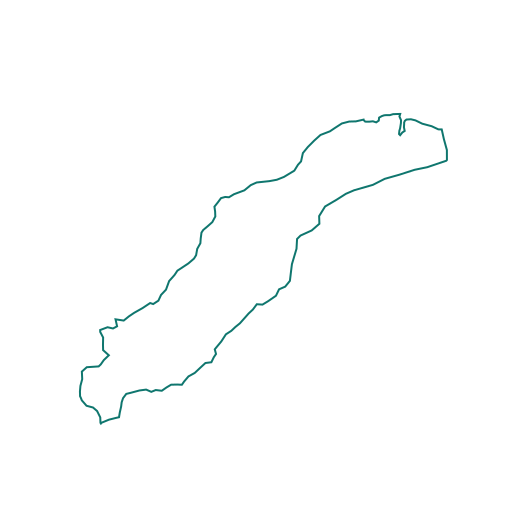 outline of Pano Arodes, Paphos, Cyprus, rotated 147°
{"feature_id": "46923920B64054895827299", "entity_name": "Pano Arodes", "entity_type": "district", "adm_level": 2, "iso_a3": "CYP", "parent_name": "Cyprus", "parent_adm1": "Paphos", "projection": "albers", "projection_center": [32.386, 34.927], "detail": "fine", "context": "isolated", "style": "outline", "palette": "teal", "viewbox_px": 512, "rotation_deg": 147, "n_neighbors": 0, "source": "geoboundaries", "source_scale": "gbopen_adm2", "svg_char_len": 2246}
<svg xmlns="http://www.w3.org/2000/svg" viewBox="0 0 512 512"><g transform="rotate(147 256 256)"><path d="M44.0,231.9L38.2,240.9L34.7,251.9L31.3,261.0L34.1,262.9L38.0,269.2L44.5,276.4L48.4,282.9L51.6,286.3L55.5,288.5L57.6,288.3L59.1,287.2L59.8,286.1L61.8,283.4L63.2,279.9L66.0,279.9L69.3,278.8L69.6,280.4L67.5,283.0L65.7,284.5L62.1,288.5L60.4,290.9L59.7,294.9L57.7,296.6L59.6,297.8L63.8,300.3L66.9,301.2L70.0,303.2L71.9,304.2L74.2,304.8L77.4,305.0L79.3,302.7L82.4,302.6L84.6,305.3L88.1,307.1L91.2,309.2L91.7,311.3L91.5,311.8L98.9,314.5L104.6,318.0L111.8,320.4L120.5,320.4L126.1,320.3L136.0,322.4L144.2,321.1L153.1,319.2L160.6,316.8L166.7,310.8L171.0,309.7L177.4,306.7L189.5,307.1L197.0,308.6L204.0,311.5L215.4,317.3L221.8,318.3L230.0,317.4L240.8,319.8L246.7,320.0L249.7,322.3L253.8,323.6L259.2,321.6L264.0,320.0L266.1,315.5L268.6,311.3L274.2,308.2L280.9,307.2L286.0,306.6L289.0,305.3L292.9,300.7L295.7,297.0L301.4,294.0L305.8,289.3L309.4,287.6L316.8,286.6L329.9,286.5L334.8,284.4L342.5,282.3L349.8,276.8L356.8,275.1L362.2,271.7L368.4,271.7L370.4,274.2L379.5,274.1L389.1,274.7L395.4,274.6L402.1,273.9L408.3,279.4L410.8,272.7L415.4,273.1L419.3,277.1L427.0,278.8L428.0,277.2L428.6,270.9L432.8,264.7L435.5,260.3L433.5,252.9L440.3,251.6L445.3,249.6L448.1,249.1L458.5,254.9L465.0,253.9L468.8,247.4L474.0,242.7L477.5,238.2L479.0,235.7L479.9,234.3L480.2,232.2L480.7,229.8L479.7,222.7L475.2,217.7L473.7,212.5L474.5,205.5L477.3,200.8L477.3,200.0L476.4,200.3L468.4,198.8L461.4,196.4L458.7,195.4L455.4,199.0L451.1,203.2L448.3,206.5L444.9,209.2L439.9,211.0L435.6,209.5L427.0,206.7L420.9,203.8L417.8,199.1L413.1,198.2L408.4,194.3L402.6,194.5L397.3,194.3L392.1,191.1L388.3,188.4L384.6,189.9L378.2,191.8L371.0,191.3L363.8,192.6L356.7,193.8L351.3,191.2L346.5,194.1L342.9,195.6L341.4,200.2L338.2,201.2L331.5,203.3L323.9,206.7L317.4,206.7L312.0,207.7L306.2,208.3L297.8,210.6L293.5,211.8L287.8,212.8L281.6,215.1L277.0,211.7L270.5,211.5L260.9,211.8L254.8,215.5L248.2,214.4L241.1,216.7L235.1,223.9L230.3,229.6L218.1,240.0L212.3,247.9L207.5,248.9L195.4,247.1L185.3,248.5L181.3,255.1L171.1,259.9L157.8,259.3L146.7,259.2L137.9,257.7L119.2,252.0L106.0,250.6L91.5,246.1L76.0,241.9L64.0,237.2L43.9,232.1L44.0,231.9Z" fill="none" stroke="#0f766e" stroke-width="2"/></g></svg>